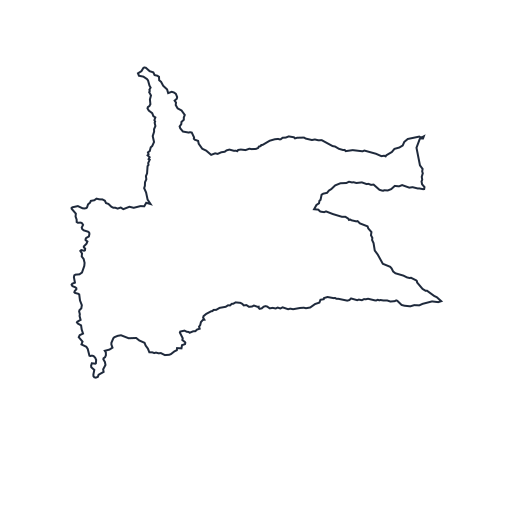 the district of La Unión, Nariño, Colombia, rotated 285°
{"feature_id": "7082276B50257092239175", "entity_name": "La Unión", "entity_type": "district", "adm_level": 2, "iso_a3": "COL", "parent_name": "Colombia", "parent_adm1": "Nariño", "projection": "equal_earth", "projection_center": [-77.138, 1.608], "detail": "fine", "context": "isolated", "style": "outline", "palette": "slate", "viewbox_px": 512, "rotation_deg": 285, "n_neighbors": 0, "source": "geoboundaries", "source_scale": "gbopen_adm2", "svg_char_len": 6086}
<svg xmlns="http://www.w3.org/2000/svg" viewBox="0 0 512 512"><g transform="rotate(285 256 256)"><path d="M268.0,85.4L266.5,82.2L264.6,81.9L262.4,80.4L259.1,80.2L258.3,79.6L257.5,78.0L257.2,76.1L258.1,71.0L255.5,66.0L254.6,65.4L253.9,65.7L250.3,71.0L247.4,71.5L244.8,73.3L242.4,74.0L242.0,75.3L242.9,78.1L242.6,79.5L241.3,80.9L238.4,80.3L237.1,81.1L236.2,82.9L236.0,87.6L235.4,88.8L234.2,89.4L231.6,89.5L229.5,87.3L228.1,87.0L227.2,87.3L226.4,89.4L224.0,89.1L220.7,87.2L219.8,87.5L218.9,89.1L217.2,89.3L216.6,88.6L216.5,85.7L215.4,85.0L213.4,87.3L210.4,87.8L208.5,90.3L205.0,92.2L202.0,92.7L195.0,92.2L192.6,90.2L191.3,86.5L190.3,85.5L188.4,85.6L183.4,88.0L181.7,85.7L180.5,85.3L179.4,86.5L179.0,89.6L178.4,90.8L177.4,91.1L175.3,90.0L174.0,89.9L173.5,90.7L173.5,94.1L173.1,95.2L167.5,97.5L163.4,100.5L160.2,100.8L158.0,99.5L156.7,99.5L154.2,100.9L152.4,101.1L148.9,103.1L146.3,100.4L145.5,100.2L144.6,101.5L143.7,105.0L139.8,106.7L136.3,109.0L133.9,106.2L131.7,105.8L128.4,110.6L125.4,110.3L124.4,115.6L122.7,117.5L116.6,120.9L116.5,121.9L117.3,123.3L117.3,125.0L116.1,127.0L114.2,128.5L110.9,129.1L110.4,128.7L109.9,125.2L107.4,125.1L105.9,125.7L104.1,129.3L99.4,129.6L97.8,130.1L97.0,131.2L97.0,132.7L98.3,134.5L100.6,134.7L104.6,138.8L107.0,137.7L111.8,138.8L114.5,137.5L116.7,135.3L117.7,135.2L119.2,136.4L121.3,136.7L124.0,135.9L125.3,134.5L127.7,138.7L130.3,141.1L133.1,139.2L134.7,138.8L139.7,139.5L140.9,140.2L143.1,143.1L144.5,146.1L143.6,154.3L145.8,161.5L144.2,165.1L143.3,170.8L140.9,172.6L138.6,175.5L135.4,177.9L136.1,180.8L135.9,182.8L136.8,184.4L136.8,187.2L137.6,189.2L136.7,193.6L138.1,197.7L139.2,199.2L142.8,201.9L144.5,203.9L146.6,203.6L147.5,207.9L150.7,207.6L152.5,210.2L153.9,210.2L154.5,209.6L155.8,206.6L157.6,206.5L162.3,202.3L163.4,202.4L165.4,206.2L164.9,208.7L165.2,210.6L164.7,211.8L167.0,214.8L167.7,216.9L169.7,218.1L171.2,220.4L173.0,219.3L174.9,220.0L177.9,219.9L180.5,221.2L181.1,222.6L182.7,220.9L184.4,220.9L187.2,222.9L191.1,227.1L191.5,228.2L192.9,228.9L193.7,231.5L196.5,234.3L199.1,239.9L201.1,241.7L201.6,243.8L203.5,244.9L204.0,246.4L205.9,248.3L206.7,253.0L206.2,255.2L205.1,256.9L206.1,259.5L205.1,262.4L206.2,265.3L207.6,266.8L207.3,270.7L207.7,271.7L206.6,272.0L205.9,273.1L206.9,275.1L209.0,276.5L210.0,278.1L210.1,279.7L209.0,282.8L210.2,285.5L210.4,288.6L211.8,290.3L211.6,293.1L213.3,295.0L212.9,300.8L214.0,302.7L214.2,305.6L217.2,312.0L218.4,315.5L218.5,317.8L220.3,321.7L224.9,325.5L227.4,329.3L230.4,329.6L231.8,332.6L233.0,332.6L234.9,335.7L235.4,341.9L235.9,343.2L235.5,344.7L236.0,346.8L236.5,355.7L237.6,357.6L239.6,358.8L239.5,365.2L240.5,366.6L240.7,369.7L242.3,371.5L242.6,373.2L243.7,375.3L243.9,382.3L244.1,383.5L245.2,384.9L245.1,386.6L245.7,387.6L246.0,390.4L247.0,394.2L246.8,397.6L248.3,401.7L249.4,402.9L249.3,404.1L246.4,409.3L246.4,412.2L247.3,418.0L249.5,421.6L250.6,426.5L252.9,429.3L257.7,437.8L258.6,444.0L260.3,446.6L263.0,441.3L263.5,438.5L266.7,430.2L266.3,428.8L267.3,425.4L272.1,418.5L273.4,417.9L273.9,417.1L275.1,411.3L274.5,410.3L274.4,407.4L275.2,403.5L275.4,395.1L276.5,392.5L279.1,390.2L280.3,388.4L281.3,380.5L288.9,373.2L292.0,369.3L298.9,366.2L301.5,364.0L303.6,363.7L305.8,361.7L309.0,361.3L311.7,357.3L313.5,356.1L314.4,347.9L316.0,345.1L315.4,343.9L315.2,338.9L315.6,337.7L314.9,336.5L315.9,335.6L317.0,332.2L316.1,328.9L316.4,319.4L317.2,312.1L316.0,310.5L315.6,307.2L315.7,306.2L316.9,304.2L316.2,300.0L321.0,301.2L323.2,303.2L325.8,303.0L326.9,303.8L332.2,303.5L333.6,304.8L335.4,308.3L338.1,309.5L340.1,311.4L344.7,314.2L348.1,318.7L349.9,324.4L351.8,326.6L351.9,329.7L352.5,331.1L352.5,334.1L354.5,339.2L354.1,344.2L354.8,345.9L354.5,348.7L355.4,351.1L351.9,358.1L351.8,361.2L352.1,362.3L352.7,362.8L353.4,366.3L355.6,369.3L359.6,371.9L360.3,376.1L362.3,378.8L361.7,386.4L363.0,389.4L363.1,395.0L363.5,396.0L363.8,400.2L364.2,401.1L366.2,400.9L368.2,397.9L370.8,396.6L372.8,396.8L375.4,395.6L379.0,395.7L380.8,394.6L383.2,394.4L386.0,390.9L402.1,383.0L411.5,383.9L412.2,384.6L412.7,386.9L415.0,387.1L413.9,385.9L413.2,384.3L413.6,382.8L408.3,372.3L404.6,369.7L400.7,369.1L397.9,366.4L395.3,362.0L391.6,360.3L387.0,355.8L385.8,355.4L386.0,353.8L384.9,351.3L385.8,345.4L385.9,333.4L384.7,331.8L383.3,322.0L380.5,315.5L381.4,314.2L380.9,312.7L381.0,308.3L382.2,304.0L382.0,301.5L384.9,289.5L383.9,286.3L383.8,282.7L382.5,280.0L382.3,273.6L382.8,271.7L380.9,265.2L379.7,263.2L380.5,261.9L380.0,256.7L378.1,254.1L377.1,251.1L375.2,249.7L374.8,248.9L374.8,247.0L373.6,243.9L370.9,239.4L365.0,233.6L364.6,232.4L363.3,232.0L362.4,230.4L360.9,230.1L359.4,228.2L358.1,224.1L357.9,221.8L355.6,218.5L354.9,213.8L353.8,211.3L352.4,210.8L352.5,209.3L351.9,207.5L351.9,202.8L350.4,200.2L348.6,198.8L347.2,195.6L344.7,192.5L344.6,190.0L342.1,186.5L344.9,180.6L345.7,176.3L349.6,171.6L352.2,170.3L352.5,166.7L353.2,165.6L354.5,165.5L358.6,162.0L358.5,160.2L357.8,159.1L357.3,153.2L359.7,149.8L361.4,148.7L364.0,149.7L366.2,149.3L368.9,151.0L371.2,150.4L373.8,150.7L377.3,146.4L378.3,142.1L381.0,139.4L383.5,139.0L385.0,137.2L387.4,138.8L389.1,138.7L391.9,136.6L392.7,134.4L392.8,132.1L390.6,129.0L393.9,127.0L396.4,122.3L399.7,119.2L400.7,117.0L404.0,115.9L404.6,114.0L404.5,111.2L406.8,109.3L407.0,105.4L409.3,100.9L409.2,99.3L408.4,98.5L404.9,97.5L401.9,94.7L399.8,96.3L400.1,100.8L398.7,104.9L397.6,106.3L393.0,109.0L391.4,110.6L388.9,110.0L387.9,110.7L386.6,110.4L383.9,113.0L379.8,113.0L375.3,114.7L373.2,114.2L371.8,113.0L370.5,113.0L368.7,114.8L367.1,118.8L364.5,120.7L363.8,122.9L360.9,122.7L359.7,123.8L358.5,123.6L355.5,125.2L352.1,124.7L349.7,125.4L345.1,125.2L339.7,128.0L335.4,127.3L333.7,126.2L329.9,126.2L328.1,124.8L326.4,125.9L325.2,125.2L323.9,127.7L321.8,127.2L321.5,128.4L317.8,127.8L316.2,128.6L314.7,128.0L307.6,129.4L304.7,129.0L301.7,130.2L298.5,129.7L295.0,130.5L292.6,130.4L288.9,133.4L282.4,136.7L278.9,140.7L279.0,136.2L275.1,135.2L274.3,131.5L270.9,125.4L270.8,121.0L266.9,115.7L267.8,112.8L266.0,110.1L266.2,107.4L265.7,105.7L266.1,103.6L268.1,100.0L268.3,97.4L270.3,95.7L270.9,93.0L270.2,90.1L270.1,87.1L268.0,85.4Z" fill="none" stroke="#1e293b" stroke-width="2"/></g></svg>